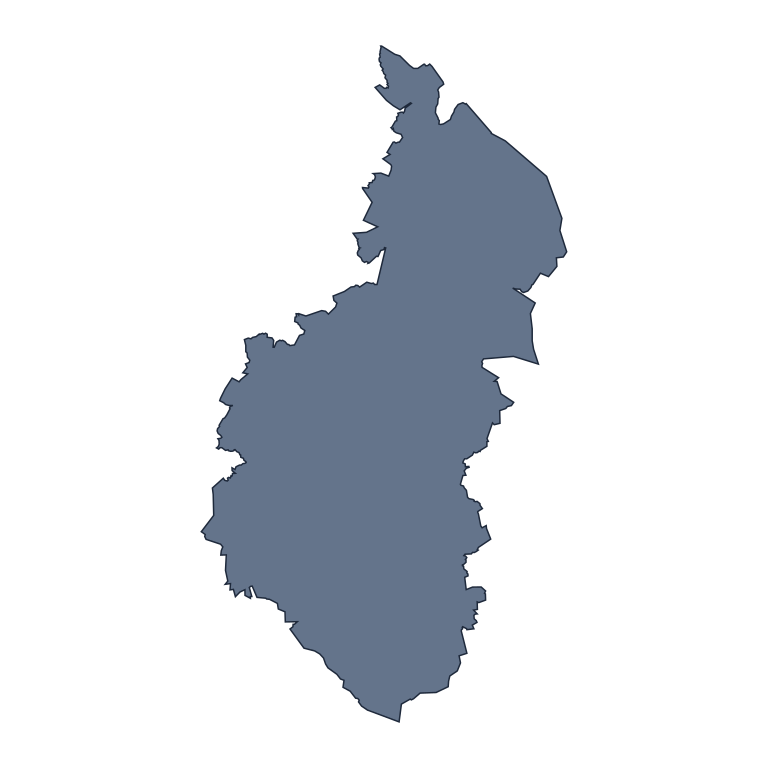 outline of Victoria, Guanajuato, Mexico
{"feature_id": "50627088B96673154925588", "entity_name": "Victoria", "entity_type": "district", "adm_level": 2, "iso_a3": "MEX", "parent_name": "Mexico", "parent_adm1": "Guanajuato", "projection": "orthographic", "projection_center": [-100.227, 21.387], "detail": "fine", "context": "isolated", "style": "filled", "palette": "slate", "viewbox_px": 768, "rotation_deg": 0, "n_neighbors": 0, "source": "geoboundaries", "source_scale": "gbopen_adm2", "svg_char_len": 6084}
<svg xmlns="http://www.w3.org/2000/svg" viewBox="0 0 768 768"><path d="M561.9,218.3L546.6,176.4L505.3,140.9L491.2,133.4L491.3,132.6L466.2,103.6L465.5,104.1L462.9,102.7L458.1,104.5L454.6,109.3L453.9,112.1L451.5,116.0L450.4,119.5L443.5,123.9L440.5,124.5L438.9,124.0L439.3,120.6L438.2,119.3L438.1,118.1L435.4,112.8L435.9,107.2L437.7,103.9L438.1,98.5L439.0,97.2L438.6,92.0L437.7,90.0L439.3,87.5L443.7,84.2L443.0,81.9L432.0,66.4L429.7,64.1L427.7,65.6L425.7,65.8L424.6,64.2L423.9,64.2L417.8,68.4L413.6,68.4L409.5,65.4L399.9,55.9L394.8,54.3L381.7,46.1L380.7,46.1L381.1,47.1L380.0,52.1L380.4,53.2L379.6,54.0L380.2,57.2L379.2,58.1L379.1,59.7L379.5,61.6L381.0,62.8L380.3,64.8L380.8,66.2L383.2,69.0L382.1,70.2L383.2,71.5L383.8,73.6L385.6,75.1L385.0,77.8L387.1,80.3L387.1,82.4L388.0,83.4L387.0,84.5L388.5,86.2L388.1,87.9L386.8,87.3L386.1,88.3L384.3,88.3L379.7,84.9L375.1,87.4L386.4,100.3L393.4,105.8L400.0,109.8L410.5,102.8L411.4,103.4L405.2,108.1L404.5,111.5L403.4,113.0L402.7,112.2L401.1,112.2L397.8,113.3L398.5,115.0L397.7,116.5L396.6,117.0L396.8,120.7L395.4,121.1L391.9,127.1L391.0,127.7L392.3,128.9L392.3,129.6L393.0,129.7L393.4,128.9L393.9,131.2L396.3,132.8L401.1,134.3L402.6,137.5L399.4,142.2L398.3,142.1L395.9,143.1L394.4,142.0L393.1,142.2L387.0,152.4L390.1,154.4L382.9,158.8L390.8,164.6L391.6,166.2L391.1,170.1L388.7,176.1L380.9,173.1L373.2,173.6L374.6,174.6L375.4,177.0L374.7,179.3L373.8,180.4L372.8,180.4L372.1,182.5L369.2,182.8L369.3,184.1L368.0,185.6L368.9,187.0L368.3,188.1L362.5,187.5L362.6,188.5L372.1,202.3L363.4,220.3L377.7,226.8L366.5,232.3L353.1,233.3L357.4,239.4L357.9,239.3L357.2,240.6L358.1,242.8L357.8,243.8L359.1,247.5L360.0,247.9L358.8,248.4L359.3,249.5L358.4,250.2L357.3,252.9L357.7,255.0L361.1,257.9L362.3,260.8L364.5,262.4L366.4,261.5L368.4,262.5L368.0,263.3L369.3,262.9L376.4,256.3L378.0,256.5L380.7,250.5L383.9,249.6L384.5,247.6L385.7,247.9L377.0,284.5L374.6,284.5L373.4,283.1L371.3,283.5L366.8,282.2L359.6,287.1L357.8,285.5L355.8,285.2L354.4,286.6L351.0,287.0L344.4,291.5L333.1,296.0L333.9,300.4L336.9,303.1L335.6,307.0L328.4,314.1L325.6,311.3L321.7,310.6L305.9,316.0L298.9,313.7L298.7,314.9L298.0,313.8L296.1,313.7L296.5,316.7L295.1,317.2L294.7,321.5L297.9,322.9L298.1,324.0L299.7,325.3L301.0,328.0L304.8,330.5L303.8,334.0L299.5,335.4L294.5,344.9L289.8,345.6L288.8,344.5L287.4,344.4L285.0,341.6L282.6,340.3L281.4,340.8L279.8,340.2L276.5,342.1L274.2,347.3L273.1,347.2L273.7,340.4L272.0,337.9L267.2,337.3L267.2,334.2L265.6,333.2L263.9,334.1L262.7,333.3L259.3,334.5L259.1,334.1L256.2,336.6L252.6,337.4L251.0,338.8L248.2,338.1L244.4,339.6L245.8,345.4L245.8,351.8L246.8,352.5L247.2,353.7L247.4,357.1L249.8,360.2L249.1,362.5L245.5,363.9L247.2,367.5L242.8,372.8L247.7,373.9L240.8,379.7L239.1,381.8L232.1,378.1L225.2,388.8L220.5,398.3L219.7,400.7L223.6,402.7L225.6,404.5L229.1,405.5L232.9,405.5L230.3,406.4L229.5,407.9L230.0,408.8L226.8,414.9L224.6,418.0L223.0,418.7L219.1,425.3L219.6,426.4L217.6,428.6L217.1,430.9L218.2,433.5L220.6,435.3L221.9,437.2L220.7,438.3L217.9,438.7L219.0,440.4L219.2,444.2L218.2,446.6L216.5,447.9L218.7,449.1L220.0,447.7L221.9,447.7L225.5,450.4L228.1,449.8L228.4,450.7L230.7,451.3L232.8,451.1L234.1,450.5L234.2,449.7L235.1,449.6L236.7,451.6L239.0,452.6L239.9,454.8L240.6,454.9L240.8,457.3L243.4,458.3L243.9,460.2L245.9,461.7L246.1,462.6L244.8,463.4L242.9,463.6L241.3,465.0L239.4,465.1L236.0,466.8L235.0,469.5L232.0,467.8L232.1,470.6L235.3,473.3L232.5,473.5L232.1,475.8L231.7,476.2L231.0,475.8L230.4,477.9L228.5,477.4L227.5,478.2L228.2,480.2L227.3,481.0L224.8,480.4L223.3,478.2L212.4,488.0L213.2,494.4L213.7,515.4L201.3,531.7L205.2,534.5L204.7,536.5L206.1,539.4L220.6,544.2L222.8,546.9L221.3,550.7L220.8,555.1L226.3,554.9L225.5,570.4L227.8,581.1L225.2,584.3L230.5,583.6L230.0,589.9L233.4,589.4L235.4,596.7L240.0,592.0L244.9,589.7L245.0,595.4L250.4,598.3L250.3,596.6L251.8,596.5L249.3,587.5L250.7,586.3L252.2,586.1L257.0,597.4L265.8,598.2L266.6,599.0L269.5,599.3L277.4,603.4L278.3,609.0L285.0,611.8L285.3,621.9L297.3,621.7L294.4,624.3L293.1,624.3L292.9,626.8L290.0,629.0L304.0,648.2L314.6,650.9L319.7,653.9L323.5,658.0L325.6,664.0L328.0,667.9L336.9,674.3L340.5,679.0L344.0,680.3L343.0,687.3L350.2,691.2L355.6,698.2L357.8,698.5L359.2,700.2L358.5,701.9L361.6,706.1L367.5,710.1L399.1,721.9L401.4,704.1L410.2,699.1L411.3,699.9L413.5,698.8L420.1,693.1L436.1,692.5L448.2,686.7L448.6,681.1L449.8,676.0L457.3,670.9L460.5,662.9L459.1,655.8L466.9,653.3L461.3,631.1L461.4,629.9L462.6,628.7L462.2,627.4L462.7,626.7L466.6,628.7L466.9,629.7L473.9,628.8L472.3,625.1L477.0,622.4L476.3,620.7L474.2,618.8L473.9,615.3L475.2,614.1L477.2,613.9L473.6,610.1L477.4,609.4L477.2,601.9L478.8,602.6L485.6,600.1L485.4,593.9L484.5,593.3L485.6,591.0L481.2,587.0L472.5,587.1L466.2,589.6L464.7,577.3L468.0,575.9L467.9,574.0L466.8,572.8L467.1,571.5L463.8,568.8L463.6,566.3L462.4,565.7L462.5,564.8L463.2,564.8L466.0,562.3L466.0,560.0L465.4,559.6L466.8,557.6L465.5,556.0L463.9,555.6L465.0,554.2L471.4,553.9L472.5,552.4L474.3,552.5L476.3,551.5L478.2,550.1L477.3,549.6L478.4,547.4L490.7,539.1L486.5,528.5L486.2,525.6L482.1,527.8L480.8,526.0L478.4,513.9L477.7,512.3L477.8,511.5L482.4,508.6L480.1,505.4L479.9,503.6L477.1,501.4L475.2,501.7L474.0,501.1L474.2,500.3L473.1,499.5L469.0,498.7L467.6,497.4L466.4,490.3L464.2,487.8L463.5,486.0L461.0,485.3L460.4,484.3L462.9,475.5L465.9,475.2L464.2,470.9L466.3,468.3L469.1,467.3L468.8,466.4L465.4,466.7L465.2,463.9L462.9,462.9L463.2,461.3L464.6,458.8L466.8,458.8L472.4,455.1L473.8,452.2L475.7,452.8L477.5,452.5L478.9,451.2L480.1,451.5L480.5,450.3L486.9,446.3L486.9,441.6L488.3,441.4L487.0,438.6L492.5,422.9L494.2,424.7L500.0,423.3L499.7,410.6L505.8,408.5L507.4,406.5L511.4,405.6L513.7,402.3L501.0,393.9L497.1,381.5L494.2,381.3L498.6,377.7L482.1,367.4L481.9,365.4L482.6,363.4L481.7,361.8L483.5,358.9L513.5,356.4L538.4,364.1L533.6,349.3L532.2,340.8L532.2,328.8L530.4,313.5L535.2,303.0L512.7,288.1L515.8,289.0L520.1,289.2L521.6,291.6L523.6,292.5L527.8,291.0L530.9,287.5L531.9,284.8L533.0,284.4L540.4,273.2L548.5,276.6L556.9,266.4L556.4,257.8L563.3,257.0L566.7,251.8L559.9,230.5L561.9,218.3Z" fill="#64748b" stroke="#1e293b" stroke-width="1.5"/></svg>